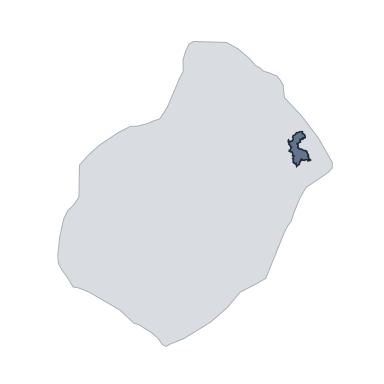 Tsana-Talana, Mafeteng, Lesotho shown in context, rotated 171°
{"feature_id": "5366337B43460203285745", "entity_name": "Tsana-Talana", "entity_type": "district", "adm_level": 2, "iso_a3": "LSO", "parent_name": "Lesotho", "parent_adm1": "Mafeteng", "projection": "robinson", "projection_center": [27.304, -29.791], "detail": "fine", "context": "in_parent", "style": "filled", "palette": "slate", "viewbox_px": 384, "rotation_deg": 171, "n_neighbors": 0, "source": "geoboundaries", "source_scale": "gbopen_adm2", "svg_char_len": 5468}
<svg xmlns="http://www.w3.org/2000/svg" viewBox="0 0 384 384"><g transform="rotate(171 192 192)"><path d="M254.7,262.6L243.7,266.1L242.2,266.4L235.1,265.6L225.7,266.5L218.3,268.4L212.6,269.1L203.2,279.4L186.1,306.9L181.6,312.7L180.3,323.5L176.3,332.1L171.5,338.8L166.8,340.4L152.6,337.7L134.5,334.3L123.9,326.0L114.6,315.1L109.6,307.1L104.4,302.8L102.7,300.3L95.3,296.6L92.5,294.7L90.0,293.4L87.1,288.1L85.3,283.5L86.0,270.7L80.8,263.1L71.9,250.1L66.2,239.4L58.5,224.9L53.8,212.4L48.9,199.5L49.5,194.0L54.2,190.2L67.9,183.7L78.6,178.7L86.2,169.4L94.5,155.7L98.6,147.5L102.6,143.7L107.0,137.9L114.8,124.9L123.4,110.6L132.6,95.2L144.2,90.8L160.1,85.6L175.4,72.2L193.6,60.8L222.9,48.5L236.6,45.4L241.8,43.6L245.1,45.9L248.6,53.0L253.5,58.9L265.1,69.1L270.0,71.6L281.8,86.8L294.6,97.2L309.2,109.2L319.2,115.1L324.3,116.8L328.5,127.4L332.7,135.3L335.1,142.7L334.6,149.9L329.9,167.5L323.0,185.5L317.6,193.0L310.9,197.7L304.4,204.8L301.9,219.2L298.9,236.2L290.4,243.2L283.9,247.8L274.8,253.4L254.7,262.6Z" fill="#d9dde1" stroke="#a8b0b8" stroke-width="1"/><path d="M88.7,228.1L88.9,227.9L88.7,227.5L88.7,227.4L88.9,227.1L89.0,227.0L88.8,226.5L88.9,226.2L88.6,226.2L88.6,225.9L88.4,225.7L88.4,225.4L88.6,225.3L88.4,225.1L88.5,224.8L88.4,224.5L88.6,224.4L88.5,224.1L88.8,223.9L88.6,223.7L88.2,223.3L87.8,223.1L87.8,222.9L87.9,222.6L88.0,222.5L87.9,222.3L87.8,222.2L87.7,222.4L87.7,222.1L87.5,221.8L87.4,221.6L87.5,221.6L87.5,221.4L87.3,221.4L87.2,221.4L87.2,221.1L87.1,220.9L86.9,220.8L87.1,220.7L87.2,220.3L87.3,220.3L87.5,220.0L87.6,219.5L87.8,219.3L87.9,218.9L88.2,218.6L88.4,218.0L88.6,217.9L89.0,218.0L89.4,218.0L89.7,217.1L88.9,216.7L88.4,216.2L87.9,215.9L87.6,215.9L87.4,216.1L86.9,216.1L86.8,215.8L86.7,215.6L86.6,215.0L86.7,214.1L86.7,213.7L86.7,213.3L86.5,212.7L86.4,212.6L86.3,212.3L86.2,212.2L86.3,212.2L86.2,212.1L86.2,211.9L86.4,212.0L86.5,212.0L86.5,211.5L86.4,211.4L86.5,211.4L86.4,211.3L86.4,211.2L86.4,210.8L86.4,210.6L86.6,210.4L86.5,210.1L86.6,209.7L86.8,209.1L86.7,208.9L87.0,208.9L86.9,208.8L86.9,208.7L87.0,208.6L87.1,208.4L87.0,207.7L86.9,207.3L87.3,206.8L87.3,206.5L87.3,206.4L87.2,206.4L87.1,206.2L86.9,205.9L86.9,205.6L87.1,205.5L86.9,205.4L87.0,205.3L86.9,205.1L86.8,204.9L86.8,204.6L86.5,204.5L86.5,204.3L86.3,204.1L86.1,204.2L85.9,204.3L85.8,204.2L85.5,204.1L85.3,203.7L85.1,203.8L85.4,203.3L85.3,203.2L85.0,203.0L84.6,202.8L84.7,202.6L84.7,202.3L84.7,202.1L84.6,201.9L84.6,201.6L84.7,201.4L84.7,201.0L84.4,201.3L84.1,201.3L83.9,201.3L83.5,201.7L83.3,201.7L83.2,201.8L82.7,202.2L82.3,202.2L82.0,202.4L81.9,202.6L81.7,202.7L81.8,202.8L81.5,203.3L81.4,203.5L81.1,204.1L80.6,204.7L80.5,204.9L80.8,205.3L80.7,205.4L80.3,205.4L79.5,205.9L79.6,206.6L79.3,206.9L79.1,207.3L78.8,207.4L78.8,207.2L78.6,207.1L78.6,206.8L78.5,206.7L78.4,206.8L78.2,206.7L77.9,206.6L77.9,206.3L77.7,206.4L77.5,206.2L77.3,206.0L77.2,206.0L77.1,205.9L76.9,205.9L76.7,206.0L76.3,205.9L76.1,206.0L76.0,205.8L75.9,205.7L75.8,205.8L75.5,205.8L75.2,206.0L74.8,206.0L74.7,206.1L74.1,206.1L73.8,206.0L73.7,206.0L73.4,205.9L73.3,206.0L73.1,205.8L73.0,205.6L72.8,205.3L72.7,205.4L72.7,205.2L72.3,205.0L72.2,205.0L72.1,204.9L72.2,204.7L71.8,204.8L71.8,204.7L71.2,204.6L71.2,204.9L71.2,205.0L71.0,204.9L70.8,204.8L70.6,204.9L70.5,205.0L70.1,204.8L69.7,204.9L69.3,205.0L69.7,205.1L69.9,205.2L70.0,205.3L70.3,205.5L70.5,205.8L70.8,206.0L71.0,206.2L70.9,206.4L71.1,206.5L71.3,206.8L71.4,207.0L71.5,207.2L71.5,207.4L71.5,207.7L71.6,207.9L71.6,208.3L71.6,208.5L71.3,208.6L71.4,208.9L71.6,209.0L71.4,209.0L71.6,209.1L71.4,209.2L71.4,209.3L71.4,209.6L71.7,210.0L71.6,210.5L71.4,210.5L71.5,210.8L71.4,211.0L71.6,211.2L71.7,211.7L72.0,211.8L72.0,212.0L72.1,212.7L72.1,212.8L72.1,213.0L72.1,213.3L72.3,213.4L72.2,213.5L72.3,213.7L72.3,214.2L72.3,214.4L72.5,214.5L73.0,214.6L73.2,214.8L73.3,214.8L73.5,215.0L73.8,215.4L74.0,215.3L74.7,215.2L74.8,215.2L75.1,215.4L75.3,215.5L75.6,215.9L75.8,216.1L76.2,216.3L76.2,216.5L76.5,216.8L77.0,217.1L77.6,217.5L78.0,217.4L78.4,217.6L78.6,217.5L78.8,217.5L78.9,217.4L79.1,217.5L79.4,217.6L79.5,217.7L79.8,217.7L80.0,217.4L79.9,217.6L79.7,217.8L79.8,218.0L79.9,218.6L79.7,219.2L79.9,219.3L80.2,219.3L80.4,219.4L80.6,219.3L80.7,219.5L80.3,220.1L80.1,220.2L80.1,220.4L79.9,220.7L80.0,221.0L79.8,221.2L79.8,221.4L79.8,221.5L79.8,221.8L80.0,221.9L80.0,222.1L80.3,222.5L80.6,222.7L80.9,222.9L80.9,223.1L80.8,223.3L80.6,223.1L80.4,223.1L80.2,223.3L80.0,223.6L79.6,223.4L79.4,223.5L79.0,223.7L78.7,224.1L78.3,224.1L78.2,224.2L77.7,224.1L77.1,224.2L77.1,224.6L77.1,224.8L77.1,225.1L77.1,225.3L77.1,225.5L77.3,225.7L77.3,226.0L77.1,226.1L77.0,226.5L76.9,226.6L76.9,226.8L76.9,227.0L76.7,226.9L76.5,226.7L76.2,226.6L75.5,226.8L75.1,227.2L75.2,226.7L74.7,226.7L74.9,227.3L74.5,227.2L74.3,227.2L74.2,227.3L74.1,227.1L73.8,227.6L73.4,228.1L73.2,228.1L72.9,227.8L72.7,228.0L72.6,227.9L72.4,227.8L72.1,227.7L71.7,228.0L71.5,228.9L71.5,229.6L71.7,229.9L71.8,230.1L71.7,230.3L71.9,231.0L72.1,231.1L72.6,231.9L73.0,232.1L73.5,232.1L73.8,232.3L73.8,233.0L73.4,233.6L73.4,234.3L75.3,234.7L76.1,234.6L76.8,234.3L77.4,234.4L77.7,234.2L78.2,234.1L78.4,233.9L78.6,233.9L79.0,234.2L79.1,234.3L79.8,234.0L80.2,233.5L80.5,233.3L80.8,232.9L81.3,232.4L82.5,232.0L83.0,232.0L83.3,231.9L83.4,231.7L83.6,231.3L83.9,230.9L84.1,230.5L84.0,230.2L83.6,229.2L83.7,228.4L83.8,228.2L84.8,227.4L84.9,227.2L84.9,226.5L86.8,226.6L87.0,226.6L87.3,226.4L87.5,226.1L87.9,226.6L88.2,226.8L88.4,227.1L88.2,227.7L88.4,228.0L88.7,228.0L88.7,228.1Z" fill="#64748b" stroke="#1e293b" stroke-width="1.5"/></g></svg>